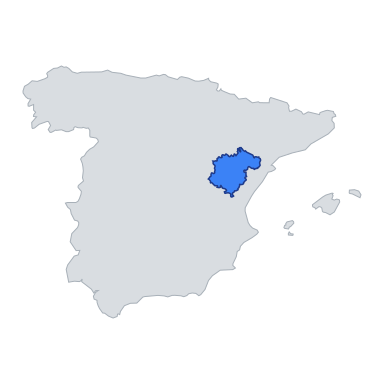 where Teruel sits in Spain
{"feature_id": "ESP-5847", "entity_name": "Teruel", "entity_type": "Autonomous Community", "adm_level": 1, "iso_a3": "ESP", "parent_name": "Spain", "parent_adm1": "", "projection": "mercator", "projection_center": [-0.788, 40.603], "detail": "fine", "context": "in_parent", "style": "filled", "palette": "blue", "viewbox_px": 384, "rotation_deg": 0, "n_neighbors": 0, "source": "natural_earth", "source_scale": "10m", "svg_char_len": 8469}
<svg xmlns="http://www.w3.org/2000/svg" viewBox="0 0 384 384"><path d="M208.6,78.3L208.6,79.5L210.6,81.7L216.7,83.1L218.2,84.0L217.9,87.1L216.4,89.8L217.7,91.0L219.2,91.0L220.9,88.8L221.3,90.2L224.0,91.5L230.1,94.0L234.3,94.3L238.7,99.1L245.9,98.2L252.3,102.8L258.4,101.8L259.7,102.7L269.1,102.8L269.6,99.0L270.7,97.5L287.0,102.8L289.0,106.0L288.6,107.6L289.5,111.3L291.6,111.2L295.9,109.1L301.4,111.7L302.9,114.0L304.0,114.2L308.2,111.9L319.5,114.6L319.9,112.8L320.7,112.3L325.5,110.7L327.4,110.3L333.4,111.5L334.1,113.7L335.3,114.5L335.8,116.3L332.3,117.4L331.9,120.6L334.1,123.3L334.3,127.9L328.3,133.9L311.0,143.9L305.3,149.8L292.4,152.9L279.1,157.3L271.2,165.2L273.2,165.8L275.6,168.5L274.8,169.7L271.3,171.5L268.2,172.1L262.4,181.7L254.4,191.7L251.5,196.2L245.2,207.7L245.1,211.1L248.2,222.5L250.0,225.5L252.5,228.0L257.2,230.1L258.4,232.2L256.8,234.2L252.0,237.7L243.8,242.5L240.4,246.3L239.6,249.9L237.2,251.5L236.3,256.6L233.0,263.6L232.8,265.4L235.4,268.0L232.8,269.6L220.2,270.2L212.4,275.7L208.5,280.5L205.0,289.5L200.7,294.7L198.8,295.7L195.9,293.4L192.2,293.0L188.6,293.8L186.8,295.6L183.8,296.7L181.0,295.8L174.8,295.3L172.1,295.4L167.8,296.9L164.1,295.9L157.9,295.4L144.5,296.6L142.8,297.1L136.8,303.1L130.3,303.3L124.4,305.7L120.4,311.5L119.7,314.6L118.5,313.9L117.6,314.1L117.1,316.5L113.1,318.0L108.5,316.1L104.7,313.2L102.7,313.0L99.5,308.5L98.1,305.6L97.1,302.5L97.0,300.3L94.1,299.1L93.4,296.2L95.5,292.5L98.3,290.5L95.7,290.6L93.8,293.0L91.4,289.2L81.7,281.7L82.2,279.0L80.5,281.1L79.4,281.6L74.4,281.2L68.7,282.2L66.2,269.4L67.7,264.9L74.2,256.1L78.2,254.9L79.8,250.4L76.1,250.6L70.2,241.8L71.8,233.6L77.6,227.5L78.6,224.9L78.8,222.7L77.7,221.0L74.5,220.1L71.2,213.6L70.4,209.5L67.7,207.2L65.4,203.1L67.5,202.5L75.9,202.5L77.9,201.4L79.4,198.7L81.0,194.2L81.4,191.4L78.1,187.5L78.0,186.7L78.4,185.4L83.5,181.0L82.5,177.7L83.3,170.8L82.9,166.7L82.3,163.4L80.6,159.1L81.7,157.3L84.4,155.8L86.5,152.3L89.6,149.3L93.7,146.9L98.4,141.7L97.7,139.4L96.0,138.0L90.2,137.0L89.8,136.0L89.8,130.3L88.3,128.0L86.2,128.3L83.0,127.3L82.1,127.9L78.0,127.7L75.1,126.7L73.9,127.6L73.6,129.6L68.7,131.6L66.0,131.6L61.5,129.8L56.4,130.4L55.8,130.0L51.5,132.3L50.1,132.4L48.2,129.6L50.6,125.5L48.5,121.6L47.2,121.4L39.1,124.3L34.5,128.0L32.6,128.5L32.0,127.8L31.7,122.5L36.6,116.8L33.5,116.5L33.7,114.8L35.6,112.2L33.6,110.2L33.6,104.5L29.2,106.3L28.1,106.0L28.0,103.7L30.7,99.1L27.9,98.6L25.7,96.8L23.1,93.0L23.0,91.0L24.5,86.3L28.3,84.1L32.1,80.8L37.3,81.4L45.0,78.7L47.6,77.2L47.6,75.2L46.7,73.8L47.5,72.4L53.7,68.4L57.5,68.0L61.4,66.0L64.0,67.3L66.2,66.9L68.8,68.4L72.3,71.9L77.3,73.3L81.3,72.2L101.7,71.9L107.6,70.1L112.1,72.3L120.8,73.3L126.0,75.1L140.6,78.0L145.8,78.0L156.4,75.1L159.2,75.9L163.5,74.4L165.5,74.7L168.1,76.8L177.4,79.5L179.8,77.2L181.7,76.7L188.3,78.1L195.1,81.0L198.6,81.2L203.7,80.4L208.6,78.3ZM331.8,199.0L334.2,200.1L336.7,199.1L338.0,199.4L339.4,199.9L339.7,202.0L334.3,212.0L330.0,214.8L325.7,212.6L323.2,212.1L322.4,211.3L321.8,208.0L320.7,207.0L319.0,206.6L315.7,209.1L314.7,207.4L313.1,207.1L312.5,206.0L312.5,204.7L322.8,196.9L325.8,195.1L332.1,193.1L333.1,193.4L332.3,194.6L333.1,195.7L331.8,199.0ZM361.0,194.8L360.0,197.7L352.3,193.9L349.8,193.5L349.2,192.9L349.4,190.1L354.6,189.7L358.7,191.1L361.0,194.8ZM289.4,227.1L288.5,229.0L284.7,228.4L283.9,227.6L284.7,225.3L285.8,225.1L285.8,223.5L287.0,221.9L292.4,220.6L293.6,221.7L293.8,223.2L290.6,226.6L289.4,227.1ZM293.1,235.0L292.5,235.4L288.4,235.0L288.3,233.7L289.2,231.9L290.7,233.7L293.1,234.0L293.1,235.0Z" fill="#d9dde1" stroke="#a8b0b8" stroke-width="1"/><path d="M224.8,193.1L224.4,191.8L224.9,191.6L226.1,191.0L226.3,190.9L226.5,190.7L226.5,190.2L226.4,190.0L226.1,189.6L225.3,189.0L224.6,188.6L223.1,188.4L222.6,188.1L222.4,188.0L222.3,187.8L222.3,187.6L222.3,187.4L222.2,187.3L222.0,187.2L221.8,187.1L221.6,186.9L221.5,186.6L221.3,186.2L221.1,185.7L220.9,185.5L220.6,185.8L220.4,186.0L220.4,186.3L220.5,186.8L220.4,187.1L220.3,187.3L219.8,187.5L219.3,187.6L218.6,187.6L217.2,187.3L217.4,187.0L217.5,186.6L217.5,186.3L217.5,186.1L217.5,185.9L217.3,185.7L216.7,185.9L216.4,185.8L216.1,185.7L215.7,185.6L215.4,185.6L215.1,185.8L214.9,185.7L214.6,185.5L212.0,182.9L211.3,182.6L211.0,182.5L210.7,182.7L210.6,182.8L210.5,182.7L210.4,182.3L210.6,182.0L210.6,181.7L210.4,181.2L209.4,179.8L209.0,179.4L208.3,179.0L208.6,178.6L208.9,178.4L209.7,177.2L209.9,176.9L210.1,176.7L210.6,176.5L210.8,176.3L211.0,176.0L211.0,174.9L211.0,174.4L211.4,173.2L211.5,173.0L211.7,172.9L212.3,173.0L212.5,173.1L212.9,173.2L213.1,173.4L213.3,173.5L213.6,173.5L213.8,173.5L214.2,173.3L214.4,173.1L214.6,172.9L214.7,172.7L214.6,172.1L214.6,171.7L214.7,171.2L214.9,170.7L215.0,170.5L215.0,169.8L215.0,169.4L214.8,169.0L214.6,168.7L214.5,168.4L214.5,168.1L214.6,167.8L214.7,167.5L214.9,167.0L215.0,166.7L215.0,165.9L214.9,165.6L214.8,165.4L214.6,165.1L214.0,164.7L213.6,164.3L213.4,164.0L213.2,163.6L213.1,163.1L213.2,162.0L213.2,161.7L212.9,161.1L214.6,161.2L215.3,160.9L216.1,160.8L216.6,161.0L216.8,161.0L217.1,160.7L217.2,160.3L217.2,160.0L217.0,159.3L217.0,158.9L217.1,158.6L217.7,158.4L217.9,158.3L218.0,158.0L218.2,157.5L218.4,157.2L218.6,157.0L218.9,156.9L219.2,156.9L219.5,157.0L220.2,157.6L221.7,157.6L222.0,157.3L222.1,157.0L222.0,156.7L221.8,156.4L221.7,156.0L221.8,155.8L222.1,155.1L222.3,154.9L222.5,154.8L223.1,154.8L224.2,155.3L224.5,155.3L225.4,154.8L225.7,154.2L225.8,154.1L226.3,154.1L228.4,155.6L228.4,155.9L228.5,156.2L228.7,156.3L229.6,156.7L229.8,156.7L230.0,156.6L231.3,155.1L232.8,156.3L233.1,156.4L233.4,156.3L233.6,156.0L234.1,154.3L234.3,154.0L234.6,154.0L234.9,154.2L236.0,155.6L238.1,153.0L237.3,151.5L237.8,151.1L237.6,149.1L237.7,148.7L237.9,148.6L238.1,148.6L238.4,148.8L240.1,151.7L240.3,151.8L240.5,151.8L240.6,151.5L240.7,151.3L240.7,151.1L240.3,150.2L239.4,148.6L239.3,148.2L239.3,147.9L239.6,147.7L241.1,147.6L241.4,147.9L241.5,148.5L241.8,148.8L242.2,148.8L242.4,149.0L242.6,149.5L243.2,150.3L244.9,151.4L245.5,150.9L246.7,152.2L252.4,154.9L252.9,155.3L253.9,157.6L254.3,157.8L254.5,157.6L254.7,157.1L254.8,157.0L254.9,156.9L255.2,156.8L256.3,156.8L256.9,157.1L257.5,157.2L258.8,157.0L259.0,157.9L259.4,158.3L259.8,158.4L260.2,158.7L260.6,159.9L260.5,160.7L260.3,160.9L260.2,161.3L259.9,161.7L259.8,161.9L259.8,162.2L259.7,162.4L259.6,162.7L259.6,163.0L259.7,163.5L259.8,163.8L259.8,164.1L259.9,164.4L260.1,165.0L260.1,165.3L260.0,165.5L259.9,165.7L259.4,166.3L259.2,166.7L259.0,166.9L257.7,167.7L257.5,167.8L257.7,168.2L257.0,168.5L256.0,168.5L255.7,168.6L255.4,168.7L255.2,168.8L255.0,169.0L254.8,169.2L254.5,169.4L254.3,169.4L254.1,169.3L254.0,169.1L254.1,168.8L254.0,168.6L253.8,168.4L253.4,168.3L252.1,168.4L251.5,168.2L250.4,167.5L250.0,167.2L249.8,167.0L249.6,166.8L249.2,166.6L248.8,166.6L248.5,166.7L248.0,167.3L247.9,167.5L247.8,167.8L247.7,168.2L247.6,168.7L247.6,169.0L247.5,169.4L246.2,170.1L246.0,170.3L245.8,170.5L245.5,170.5L245.1,170.2L244.7,170.1L244.4,170.2L244.2,170.3L243.9,170.6L243.9,170.8L244.0,171.0L244.0,171.3L243.9,171.7L244.0,171.9L244.2,172.1L244.4,172.1L244.6,172.2L244.8,172.3L245.0,172.4L245.7,172.3L245.9,172.2L246.0,172.3L246.0,172.8L245.9,173.1L245.9,173.3L246.0,173.8L246.0,174.0L246.0,174.7L246.0,174.9L245.9,175.2L245.9,175.4L246.0,175.6L246.3,175.8L246.5,176.2L246.6,176.4L246.6,176.6L246.4,176.7L245.3,177.2L245.0,177.5L244.9,177.7L244.9,177.9L245.0,178.2L245.1,178.4L245.5,178.7L245.7,178.8L246.0,179.2L246.1,179.4L246.2,179.7L246.2,180.0L245.1,180.9L244.8,181.1L244.4,181.8L244.1,182.1L243.6,182.5L243.6,183.0L243.6,183.5L243.4,183.8L243.2,184.0L242.3,184.4L242.1,184.5L241.6,184.5L241.4,184.5L241.2,184.6L240.9,184.6L240.5,184.5L240.3,184.4L240.0,184.3L239.8,184.3L239.6,184.5L239.6,185.2L239.6,185.4L239.6,185.6L239.5,186.1L239.3,186.4L239.2,186.6L239.1,187.2L239.0,187.4L238.8,187.8L238.5,188.0L238.1,188.4L237.9,188.7L237.9,188.9L237.9,189.2L238.1,189.6L238.0,189.8L236.3,190.7L235.3,190.9L234.9,190.8L234.7,190.8L234.5,191.0L234.3,191.6L234.2,191.8L234.0,192.1L233.6,192.4L233.4,192.5L232.8,192.8L232.6,193.0L232.4,193.7L232.4,193.9L232.5,194.1L232.5,194.3L232.6,194.8L232.8,195.2L233.0,195.4L233.2,195.5L233.5,195.8L233.6,196.1L232.2,196.9L231.9,196.9L231.5,197.0L231.2,196.9L231.0,196.7L230.8,196.5L230.8,196.3L230.8,196.0L230.8,195.8L230.8,195.6L230.7,195.4L230.6,195.2L230.7,194.8L230.7,194.5L230.8,194.3L230.7,194.0L230.3,193.6L229.1,193.0L228.7,192.9L228.4,192.8L228.0,192.9L227.1,192.8L226.5,193.0L226.0,193.1L225.8,193.2L225.2,193.3L224.8,193.1Z" fill="#3b82f6" stroke="#1e3a8a" stroke-width="1.5"/></svg>